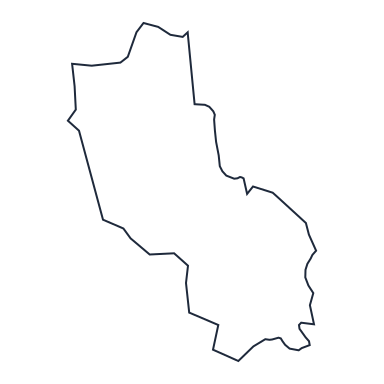 the border of Alojas
{"feature_id": "LVA-5755", "entity_name": "Alojas", "entity_type": "Municipality", "adm_level": 1, "iso_a3": "LVA", "parent_name": "Latvia", "parent_adm1": "", "projection": "albers", "projection_center": [24.909, 57.802], "detail": "fine", "context": "isolated", "style": "outline", "palette": "slate", "viewbox_px": 384, "rotation_deg": 0, "n_neighbors": 0, "source": "natural_earth", "source_scale": "10m", "svg_char_len": 1032}
<svg xmlns="http://www.w3.org/2000/svg" viewBox="0 0 384 384"><path d="M182.7,36.9L187.7,32.3L187.8,33.8L194.6,104.2L204.9,104.8L209.3,106.8L213.3,111.3L214.8,114.8L214.1,119.5L214.9,130.4L216.1,141.9L218.7,155.4L219.8,166.2L222.4,171.3L226.3,175.6L234.2,178.7L237.5,178.3L240.0,177.0L241.7,177.4L243.6,178.4L247.1,193.9L253.0,186.5L272.7,192.7L277.5,197.0L305.9,223.0L308.9,234.6L316.1,250.7L312.4,254.9L310.7,258.5L307.4,263.8L305.5,269.8L305.3,277.4L308.4,285.5L313.3,293.1L309.9,305.2L314.0,324.3L301.2,322.7L299.0,325.0L299.5,328.8L305.5,337.2L309.0,341.2L309.7,345.1L301.7,348.1L298.7,350.3L289.6,348.6L285.1,344.8L282.5,341.2L280.8,338.4L278.5,337.7L272.1,339.5L269.5,339.8L265.3,339.2L253.4,346.4L238.3,361.0L213.0,349.7L218.3,325.0L189.2,312.6L186.0,283.0L188.0,265.7L174.1,253.3L149.7,254.5L130.6,238.4L123.4,228.5L103.0,219.7L79.0,130.7L67.9,120.7L75.8,109.6L74.6,86.2L72.1,63.8L91.7,65.7L120.4,62.6L127.8,56.8L136.5,32.2L143.5,23.0L158.2,26.9L170.4,34.8L182.7,36.9Z" fill="none" stroke="#1e293b" stroke-width="2"/></svg>